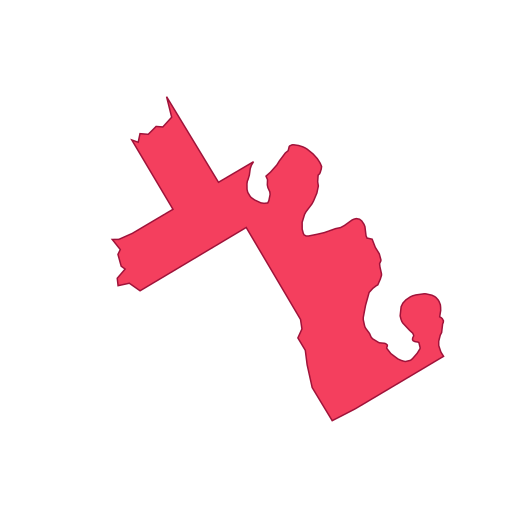 outline of Issaquena, Mississippi, United States of America, rotated 149°
{"feature_id": "52423323B37261590367764", "entity_name": "Issaquena", "entity_type": "district", "adm_level": 2, "iso_a3": "USA", "parent_name": "United States of America", "parent_adm1": "Mississippi", "projection": "robinson", "projection_center": [-91.074, 32.711], "detail": "fine", "context": "isolated", "style": "filled", "palette": "rose", "viewbox_px": 512, "rotation_deg": 149, "n_neighbors": 0, "source": "geoboundaries", "source_scale": "gbopen_adm2", "svg_char_len": 2430}
<svg xmlns="http://www.w3.org/2000/svg" viewBox="0 0 512 512"><g transform="rotate(149 256 256)"><path d="M275.5,75.6L249.4,73.9L146.9,73.4L147.0,77.8L146.9,78.9L145.5,85.1L143.3,88.8L138.8,93.3L136.3,94.8L131.0,101.7L129.8,102.5L128.7,103.9L128.6,106.3L129.0,107.7L129.9,109.3L125.8,114.1L124.2,116.9L123.1,119.2L122.5,122.7L122.5,124.6L123.1,127.7L123.7,129.2L125.4,131.8L129.8,136.0L131.3,137.0L139.0,140.3L142.2,141.2L144.8,141.5L150.1,141.2L154.3,140.0L157.7,137.8L163.3,130.4L164.3,127.1L164.7,124.8L164.7,122.9L162.6,113.1L161.4,109.1L161.7,106.8L162.0,106.3L163.7,105.2L164.7,104.1L165.0,103.3L164.9,102.3L163.8,100.7L161.5,98.8L161.0,97.7L162.6,92.7L163.1,92.1L167.9,89.6L174.7,87.4L177.3,87.0L182.3,88.6L183.6,89.8L185.4,91.8L187.4,94.7L190.7,102.9L191.5,109.6L190.6,110.7L189.9,111.1L189.3,112.0L189.9,113.9L190.7,114.9L195.0,118.1L195.7,119.2L198.7,125.0L199.1,127.3L198.6,131.1L199.2,137.3L199.2,138.8L198.8,140.5L196.9,146.1L195.7,148.1L187.5,157.3L177.8,166.5L172.5,168.1L168.1,168.6L166.5,168.5L161.3,172.2L158.4,174.8L157.7,175.9L155.3,183.0L154.0,185.8L151.5,187.5L150.9,188.4L149.2,194.4L149.3,202.0L147.8,210.6L150.8,213.5L151.6,214.0L151.3,216.6L147.5,225.1L147.1,227.7L147.3,231.6L148.3,234.2L150.7,236.4L152.9,237.1L155.0,237.4L164.5,236.6L168.9,236.8L173.7,238.5L185.5,240.9L192.3,243.1L200.7,246.1L202.7,247.3L203.9,249.3L203.8,251.1L202.6,255.2L199.1,261.1L192.9,266.7L190.3,268.2L181.3,271.8L178.4,273.5L171.4,278.6L166.5,283.9L164.9,287.9L161.4,292.9L160.9,293.4L159.2,293.7L158.0,294.5L155.3,296.9L154.1,298.4L153.7,298.9L153.2,302.3L153.2,304.7L153.3,307.8L154.5,314.0L157.1,321.2L158.2,323.3L159.6,325.4L162.6,328.8L166.4,331.9L167.8,332.7L170.5,333.0L171.2,332.7L174.2,329.7L177.8,329.2L186.9,325.5L191.2,323.3L200.4,320.4L206.3,319.3L206.8,315.5L209.7,311.1L210.6,308.4L211.1,303.9L212.2,301.5L216.4,296.9L218.6,295.4L222.0,297.0L224.5,299.1L228.3,304.7L230.0,308.6L230.3,310.0L230.3,314.8L229.4,317.7L226.6,322.5L224.8,324.7L223.5,325.6L220.1,328.7L216.0,333.8L213.3,336.1L209.6,338.1L250.2,338.5L250.6,438.6L256.8,418.4L269.4,414.6L274.9,418.5L285.7,415.8L292.4,420.6L298.4,414.2L302.7,419.4L303.1,338.8L350.4,339.1L365.0,340.9L370.7,344.2L369.0,331.4L373.5,328.5L376.8,316.7L374.9,312.2L386.4,308.4L389.5,301.6L378.6,297.9L373.3,285.9L249.7,285.5L250.5,178.7L254.2,169.8L262.3,164.2L262.3,149.8L268.2,136.4L275.6,114.3L275.5,75.6Z" fill="#f43f5e" stroke="#9f1239" stroke-width="1.5"/></g></svg>